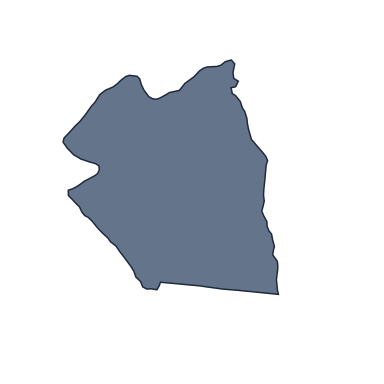 the district of Santa Mônica, Paraná, Brazil, rotated 147°
{"feature_id": "56859067B36608698107987", "entity_name": "Santa Mônica", "entity_type": "district", "adm_level": 2, "iso_a3": "BRA", "parent_name": "Brazil", "parent_adm1": "Paraná", "projection": "robinson", "projection_center": [-53.11, -23.144], "detail": "fine", "context": "isolated", "style": "filled", "palette": "slate", "viewbox_px": 384, "rotation_deg": 147, "n_neighbors": 0, "source": "geoboundaries", "source_scale": "gbopen_adm2", "svg_char_len": 1686}
<svg xmlns="http://www.w3.org/2000/svg" viewBox="0 0 384 384"><g transform="rotate(147 192 192)"><path d="M175.3,59.1L173.5,63.8L170.8,68.8L169.1,72.3L165.8,76.3L162.5,80.1L160.3,83.3L158.2,87.4L158.5,95.4L155.1,99.1L152.5,101.5L150.5,107.8L148.2,113.4L148.6,117.4L147.8,122.1L145.3,126.4L144.8,133.0L143.9,138.0L140.4,141.1L136.4,145.0L133.6,150.6L130.0,155.5L125.0,161.6L120.7,167.1L115.0,174.3L111.5,177.2L110.7,181.6L111.2,186.8L112.5,195.9L113.5,203.7L110.5,213.6L108.3,219.1L105.8,224.0L103.9,231.0L104.0,234.9L102.2,241.7L102.9,248.9L104.6,252.6L102.4,258.2L98.1,256.5L92.8,259.7L95.1,264.4L92.8,269.6L86.4,276.2L87.1,281.3L93.0,283.2L98.5,282.6L102.4,283.6L111.2,288.6L115.1,289.6L119.7,289.5L127.9,287.5L138.6,287.0L147.3,284.1L156.8,287.7L161.7,287.8L167.6,288.3L171.2,289.1L174.1,291.5L176.3,295.4L176.8,303.6L176.0,309.7L174.3,315.2L175.0,318.9L180.9,323.9L184.5,324.9L190.1,324.5L196.3,323.4L201.1,323.1L209.0,324.5L216.3,323.9L224.8,320.0L229.8,318.7L238.0,315.4L247.6,312.2L254.0,311.0L260.2,309.3L270.0,306.9L273.0,304.0L272.7,296.5L271.0,287.8L267.2,280.1L264.7,277.0L262.2,273.7L257.6,268.5L255.8,264.8L257.8,260.9L261.2,258.9L264.5,258.6L276.4,259.7L282.5,259.3L287.1,259.4L290.7,259.8L294.8,260.9L297.6,256.3L296.6,251.6L295.5,245.4L294.5,240.9L295.3,235.1L294.8,230.6L292.9,227.3L291.6,221.5L291.0,215.4L290.4,211.3L289.6,207.2L288.6,202.9L287.6,199.2L287.5,194.6L285.2,188.1L285.0,180.2L284.5,174.8L284.2,169.8L283.8,163.4L283.9,157.4L285.4,151.0L283.9,145.0L285.0,139.2L282.8,135.3L279.2,133.2L274.6,129.1L270.6,131.2L267.6,133.5L235.7,108.3L233.2,106.0L229.6,102.9L218.8,93.6L207.0,84.5L175.3,59.1Z" fill="#64748b" stroke="#1e293b" stroke-width="1.5"/></g></svg>